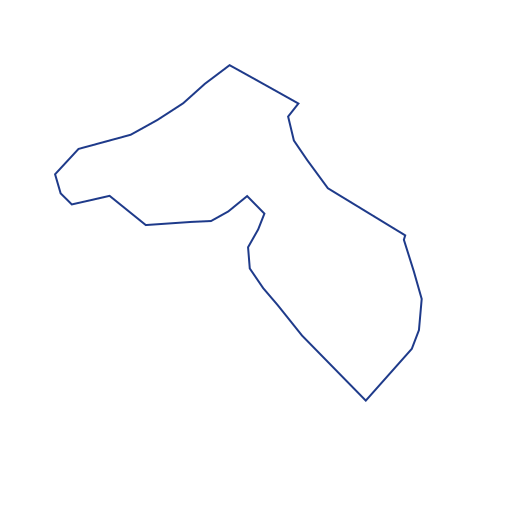 Jongno-gu, Seoul, South Korea (Natural Earth projection), rotated 151°
{"feature_id": "91817680B55576639555152", "entity_name": "Jongno-gu", "entity_type": "district", "adm_level": 2, "iso_a3": "KOR", "parent_name": "South Korea", "parent_adm1": "Seoul", "projection": "natural_earth1", "projection_center": [126.983, 37.59], "detail": "fine", "context": "isolated", "style": "outline", "palette": "blue", "viewbox_px": 512, "rotation_deg": 151, "n_neighbors": 0, "source": "geoboundaries", "source_scale": "gbopen_adm2", "svg_char_len": 620}
<svg xmlns="http://www.w3.org/2000/svg" viewBox="0 0 512 512"><g transform="rotate(151 256 256)"><path d="M115.5,201.7L160.3,280.4L164.7,314.9L166.9,338.6L160.3,362.4L145.0,368.8L169.1,407.7L186.6,435.7L188.7,435.4L217.2,431.4L245.6,424.9L276.2,422.8L306.8,422.8L359.3,435.7L392.1,424.9L396.5,405.5L392.6,392.1L392.1,390.4L354.9,379.6L337.4,336.5L295.9,317.1L278.4,308.4L258.7,308.4L234.7,312.7L228.1,289.0L241.2,278.2L258.7,267.5L267.5,248.1L265.3,224.3L260.9,202.8L254.3,164.0L230.1,76.3L164.7,99.3L149.4,112.2L131.9,138.1L125.4,166.1L118.8,198.5L115.5,201.7Z" fill="none" stroke="#1e3a8a" stroke-width="2"/></g></svg>